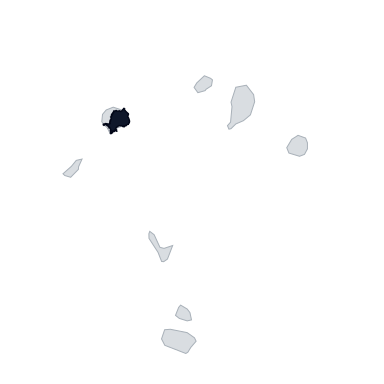 Santa Isabel, Boa Vista, Cabo Verde shown in context, rotated 229°
{"feature_id": "66160863B6342114798882", "entity_name": "Santa Isabel", "entity_type": "district", "adm_level": 2, "iso_a3": "CPV", "parent_name": "Cabo Verde", "parent_adm1": "Boa Vista", "projection": "robinson", "projection_center": [-22.884, 16.099], "detail": "fine", "context": "in_parent", "style": "filled", "palette": "ink", "viewbox_px": 384, "rotation_deg": 229, "n_neighbors": 0, "source": "geoboundaries", "source_scale": "gbopen_adm2", "svg_char_len": 5270}
<svg xmlns="http://www.w3.org/2000/svg" viewBox="0 0 384 384"><g transform="rotate(229 192 192)"><path d="M242.3,293.8L236.9,303.1L225.1,302.4L219.0,298.5L211.9,286.7L212.1,277.6L214.6,269.7L214.2,262.9L215.2,261.1L218.8,262.3L219.4,266.9L230.2,278.2L234.2,280.4L242.3,293.8ZM89.0,96.1L80.3,98.2L76.7,97.2L75.5,89.1L73.8,83.7L74.2,81.4L94.1,70.9L101.1,72.6L106.0,81.0L102.6,85.6L89.0,96.1ZM289.2,168.4L296.6,170.3L299.5,169.6L304.2,170.0L309.3,175.4L310.2,181.1L307.7,188.2L297.9,194.0L292.2,193.3L285.5,188.0L289.4,177.5L289.2,168.4ZM165.2,309.2L158.2,313.1L153.4,311.4L148.8,307.4L146.6,301.6L148.4,296.6L157.8,290.7L163.3,292.6L166.3,301.8L165.2,309.2ZM185.2,129.1L188.8,132.1L190.0,134.3L184.6,135.4L171.3,131.5L167.8,133.9L164.3,142.3L157.5,129.5L158.0,124.9L159.5,123.5L168.8,126.8L185.2,129.1ZM265.6,280.6L263.2,281.0L259.4,276.4L260.3,270.0L259.9,268.4L263.1,261.6L269.6,262.2L271.2,267.2L271.6,277.6L265.6,280.6ZM114.1,109.2L106.8,111.6L102.3,111.3L95.8,107.7L97.9,103.8L104.9,99.5L109.7,98.6L113.7,106.3L114.1,109.2ZM291.8,125.4L289.0,130.6L285.5,123.0L283.6,121.1L282.7,110.1L287.9,106.8L290.4,106.6L290.5,117.9L291.8,125.4Z" fill="#d9dde1" stroke="#a8b0b8" stroke-width="1"/><path d="M301.2,169.9L301.3,169.7L301.2,169.6L301.1,169.4L300.8,169.7L300.7,169.7L300.7,169.2L300.4,169.2L300.4,169.4L300.3,169.5L300.5,169.6L300.4,169.7L300.2,169.7L300.1,169.8L300.3,170.1L300.2,170.1L300.2,170.3L300.2,170.5L299.9,170.6L299.6,171.0L299.3,171.2L298.8,171.4L298.5,171.5L298.3,171.5L298.1,171.5L297.6,171.7L297.4,171.7L297.3,171.8L297.1,171.8L296.9,171.9L296.3,171.9L295.3,172.0L294.7,172.0L294.7,171.9L294.6,172.0L294.5,171.9L294.3,172.0L293.3,171.8L292.8,171.6L292.4,171.5L292.0,171.3L291.8,171.2L291.6,171.1L291.4,170.8L291.4,170.7L291.5,170.5L291.4,170.5L291.4,170.4L291.2,170.4L290.9,170.4L290.4,169.9L290.1,169.8L290.0,169.7L289.9,169.6L290.0,169.3L290.0,169.1L289.6,169.1L289.2,169.3L289.1,169.5L289.0,170.0L289.3,170.6L289.2,170.9L289.0,171.1L289.1,171.3L289.2,171.5L289.6,171.6L289.8,171.7L289.9,172.0L289.8,172.3L289.7,172.3L289.4,172.4L289.5,172.4L289.4,172.5L289.5,172.5L289.4,172.5L289.5,172.5L289.4,172.5L289.5,172.5L289.4,172.6L289.3,172.8L289.4,172.7L289.4,172.8L289.5,172.9L289.5,173.0L289.4,173.1L289.4,173.3L289.2,173.3L289.2,173.5L289.2,173.8L289.1,174.0L288.9,174.3L288.7,174.2L288.7,174.3L288.5,174.5L288.8,174.4L288.9,174.5L289.0,174.7L289.2,174.8L289.3,174.7L289.4,174.8L289.4,175.0L289.5,175.3L289.6,175.6L289.9,176.0L290.1,176.6L290.3,177.2L290.3,177.7L290.3,178.1L290.0,178.9L290.1,179.1L290.2,179.4L290.2,179.7L290.0,180.4L289.9,180.5L289.7,180.8L289.5,181.0L289.4,181.0L288.8,181.6L288.5,182.0L288.3,182.3L287.8,182.6L287.6,182.7L287.4,182.7L287.2,182.7L287.0,182.8L286.9,182.9L286.6,182.9L286.6,183.0L286.4,183.1L286.2,183.3L286.2,183.5L285.9,183.7L286.0,183.8L285.9,183.8L285.8,184.0L285.7,184.1L285.7,184.5L285.9,184.7L285.9,184.8L285.9,185.2L285.8,185.5L285.6,185.7L285.4,185.9L285.5,186.0L285.4,186.2L285.5,186.5L285.5,186.9L285.2,187.8L284.9,188.3L285.0,188.4L285.1,188.7L285.2,189.1L285.3,189.4L285.3,189.5L285.4,189.9L285.6,190.3L285.8,190.5L286.1,191.0L286.5,191.3L287.3,191.8L288.8,192.4L289.3,192.6L290.2,192.8L291.2,193.1L291.5,193.4L291.7,193.7L291.7,193.8L291.8,194.1L292.0,194.2L292.1,194.4L292.2,194.8L292.4,195.0L292.5,195.1L292.9,195.3L293.6,195.2L295.1,195.0L296.5,194.9L297.4,195.0L298.6,195.1L298.9,195.2L299.3,195.4L299.3,195.5L299.5,195.4L299.7,195.5L299.8,195.6L300.2,195.9L300.0,195.7L299.9,195.4L299.8,195.2L299.7,195.0L299.6,194.9L299.6,194.4L299.6,194.1L299.4,193.3L299.4,192.9L299.3,192.5L299.3,192.4L299.2,192.2L299.4,191.7L299.5,191.6L299.5,191.3L299.5,191.1L299.7,190.9L299.8,190.9L300.1,190.9L300.3,190.6L300.5,190.6L301.1,190.3L301.2,189.8L301.3,189.4L301.5,189.1L301.8,188.9L302.0,188.8L302.2,188.5L302.5,188.5L302.8,188.4L303.3,188.2L303.4,187.9L303.4,187.7L303.3,187.4L303.4,187.2L303.8,186.7L304.1,186.6L304.3,186.4L304.2,186.3L304.3,185.9L304.1,185.7L303.9,185.5L303.9,185.3L303.6,185.3L303.6,185.0L303.5,184.8L303.4,184.6L303.5,184.4L303.7,184.1L303.6,183.9L303.4,183.9L303.3,183.7L303.3,183.4L303.4,183.1L303.1,183.0L302.9,183.0L302.8,182.8L302.8,182.5L302.9,182.4L303.1,182.4L303.1,182.1L302.6,182.0L302.6,181.9L302.5,181.7L302.2,181.6L302.2,181.3L302.3,181.3L302.2,181.2L302.3,180.9L302.2,180.8L301.9,180.6L301.9,179.9L301.6,179.9L301.4,179.9L301.1,179.8L301.0,179.6L300.8,179.6L300.7,179.6L300.6,179.4L300.5,179.2L300.4,179.0L300.2,178.9L300.1,178.6L299.9,178.6L299.7,178.2L299.8,177.9L299.7,177.7L299.8,177.6L299.6,177.4L299.4,177.2L299.2,177.0L299.3,176.9L299.1,176.8L299.2,176.7L299.0,176.4L298.9,176.1L298.7,175.9L298.5,175.7L298.4,175.6L298.2,175.6L298.1,175.4L298.0,175.5L297.8,175.5L297.7,175.5L297.4,175.2L297.5,174.6L297.5,174.4L297.7,174.1L297.8,174.0L298.0,173.7L298.2,173.3L298.4,173.2L298.6,173.0L298.7,172.7L298.9,172.7L299.0,172.6L299.4,172.3L299.5,172.4L299.9,172.0L300.2,171.7L300.3,171.5L300.5,171.4L300.5,171.2L300.5,170.8L300.7,170.5L301.0,170.1L301.2,169.9ZM287.8,174.6L287.7,174.7L287.6,175.0L287.8,175.2L288.0,175.2L287.9,175.3L288.1,175.7L288.3,175.7L288.4,175.8L288.5,175.8L288.7,175.6L288.8,175.6L288.7,175.5L288.7,175.4L288.6,175.2L288.3,175.1L288.2,175.0L288.2,174.9L287.9,174.7L287.7,174.7L287.8,174.6Z" fill="#0f172a" stroke="#020617" stroke-width="1.5"/></g></svg>